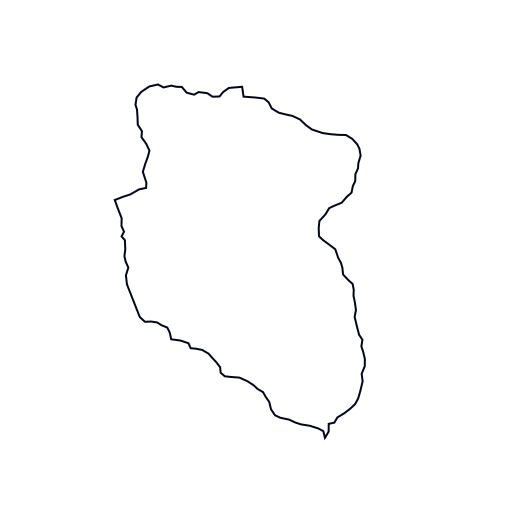 outline of Flora Rica, São Paulo, Brazil, rotated 252°
{"feature_id": "56859067B38081573660902", "entity_name": "Flora Rica", "entity_type": "district", "adm_level": 2, "iso_a3": "BRA", "parent_name": "Brazil", "parent_adm1": "São Paulo", "projection": "albers", "projection_center": [-51.376, -21.702], "detail": "fine", "context": "isolated", "style": "outline", "palette": "ink", "viewbox_px": 512, "rotation_deg": 252, "n_neighbors": 0, "source": "geoboundaries", "source_scale": "gbopen_adm2", "svg_char_len": 1960}
<svg xmlns="http://www.w3.org/2000/svg" viewBox="0 0 512 512"><g transform="rotate(252 256 256)"><path d="M237.9,333.5L245.2,328.4L250.2,324.8L255.2,322.0L263.0,324.2L269.7,327.1L274.2,335.0L278.9,340.4L279.6,346.0L280.2,354.0L284.3,360.8L286.7,366.4L292.7,369.8L296.5,373.5L303.1,375.8L307.8,380.1L312.8,382.1L319.1,386.5L325.9,387.5L330.9,386.8L337.7,383.7L343.3,378.9L345.6,372.2L348.6,365.0L352.3,357.4L355.7,352.8L359.0,348.3L364.9,344.0L372.3,340.0L378.0,333.9L381.5,327.9L385.2,322.0L391.4,316.6L398.3,315.5L403.2,312.4L407.0,304.2L411.4,293.4L421.2,295.1L423.0,287.5L424.2,282.1L422.2,275.6L419.0,270.6L420.9,263.9L425.9,260.0L429.6,252.1L428.6,246.9L432.8,240.5L439.7,237.7L441.5,232.6L444.2,228.1L444.9,220.1L449.4,215.8L450.2,207.0L447.6,197.7L443.6,191.4L437.0,188.1L432.1,188.1L424.2,186.1L417.3,184.1L410.0,186.1L404.4,183.8L396.5,186.3L389.1,187.2L383.8,183.8L377.8,179.1L371.0,174.4L359.6,174.4L354.7,172.5L355.5,165.4L353.4,155.5L353.4,147.8L352.9,139.0L343.9,139.3L333.4,139.9L326.0,137.3L319.9,138.0L316.2,134.2L311.5,136.2L302.6,133.7L296.5,130.8L291.0,130.3L284.4,131.0L277.8,126.3L268.8,124.5L233.9,126.6L227.8,130.0L226.0,136.2L223.3,141.5L219.4,144.7L215.4,149.5L209.6,150.3L203.0,149.6L198.9,158.1L193.9,164.8L188.5,165.4L186.3,170.4L183.3,175.8L177.8,180.7L173.1,182.7L166.8,185.6L161.3,187.5L155.9,186.3L151.2,189.2L148.7,194.8L145.5,202.6L139.6,209.1L133.8,213.8L129.1,216.4L124.4,220.6L118.6,221.8L113.1,223.5L105.5,222.9L98.6,224.9L94.6,229.2L90.1,237.0L85.5,241.9L82.0,246.7L77.8,254.9L72.6,262.1L68.6,265.9L61.8,265.4L66.5,270.8L73.9,273.3L73.3,279.0L77.3,283.5L79.2,291.4L81.6,298.3L84.6,304.6L88.9,309.1L95.5,313.6L103.9,318.7L111.3,320.1L117.6,325.4L124.4,327.7L131.6,328.3L137.5,328.3L143.4,331.3L149.2,329.7L157.6,330.2L167.6,331.0L173.8,334.4L182.0,335.8L187.9,336.4L193.6,338.5L199.5,339.3L203.9,336.7L211.4,333.1L218.1,334.5L223.0,334.7L228.9,333.6L237.9,333.5Z" fill="none" stroke="#020617" stroke-width="2"/></g></svg>